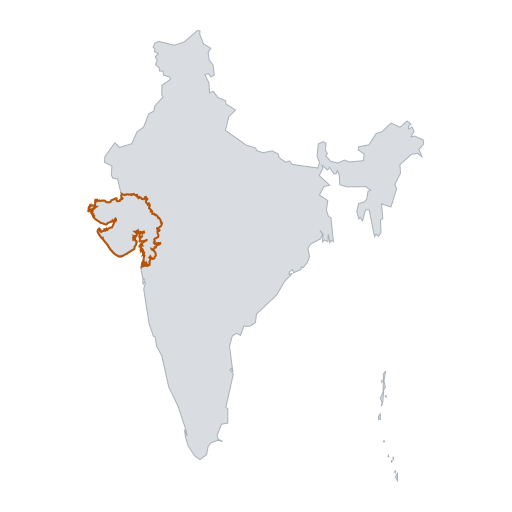 location of Gujarat within India
{"feature_id": "IND-3264", "entity_name": "Gujarat", "entity_type": "state/province", "adm_level": 1, "iso_a3": "IND", "parent_name": "India", "parent_adm1": "", "projection": "equal_earth", "projection_center": [71.839, 22.391], "detail": "fine", "context": "in_parent", "style": "outline", "palette": "amber", "viewbox_px": 512, "rotation_deg": 0, "n_neighbors": 0, "source": "natural_earth", "source_scale": "10m", "svg_char_len": 9640}
<svg xmlns="http://www.w3.org/2000/svg" viewBox="0 0 512 512"><path d="M88.6,207.2L95.1,205.5L95.8,200.0L107.7,202.4L115.7,198.5L118.3,201.2L122.2,198.7L117.6,179.0L113.2,178.4L111.3,175.3L111.9,166.0L104.5,162.4L104.9,156.6L114.9,142.7L119.4,147.5L131.8,143.7L137.1,131.6L143.5,127.4L148.9,113.6L153.8,111.2L154.8,106.0L163.0,97.0L161.7,94.7L162.0,85.2L170.6,79.3L169.5,76.9L163.4,75.1L163.1,71.2L159.6,71.0L159.0,67.7L155.6,64.8L157.2,60.0L155.2,56.9L158.3,53.5L154.4,51.6L155.1,49.2L153.1,47.1L155.0,43.1L158.7,41.4L174.4,45.3L184.2,41.9L197.3,30.7L200.0,31.0L199.7,34.3L203.5,43.8L210.7,48.3L208.1,52.5L209.2,60.1L213.0,65.0L214.3,75.0L210.9,77.1L208.4,73.6L204.9,74.7L209.0,83.1L209.4,92.6L213.4,91.5L218.0,97.6L225.5,100.7L226.0,104.0L235.5,110.1L228.8,116.7L225.4,130.4L246.2,145.1L255.8,148.1L256.5,150.5L263.0,152.7L272.1,150.9L278.2,153.9L279.2,157.8L285.8,162.3L289.5,160.9L292.3,164.5L317.8,168.0L319.5,162.7L317.1,156.4L318.3,143.9L323.2,141.7L325.8,143.0L325.6,150.4L327.4,153.6L325.7,155.7L330.7,161.3L337.9,163.0L344.5,160.1L349.1,162.0L363.5,160.7L364.1,154.0L358.2,149.9L358.5,146.8L368.8,144.9L376.2,133.5L381.9,131.9L391.0,123.1L400.1,127.3L407.0,121.0L410.9,124.0L408.4,126.6L408.8,129.0L412.0,127.0L414.0,131.4L411.0,136.8L414.7,136.1L423.2,139.8L423.7,144.0L418.9,149.4L422.0,156.7L417.5,153.3L411.4,154.4L399.9,164.6L400.5,173.2L394.8,184.4L396.6,188.6L391.0,206.9L381.5,203.9L382.8,218.5L380.5,220.1L381.0,232.6L378.4,236.4L376.1,234.2L374.5,236.6L369.2,209.9L365.5,209.8L362.5,220.9L360.2,217.4L358.8,218.9L356.7,211.5L358.7,203.5L364.5,201.9L366.9,198.6L368.0,191.2L370.7,190.2L365.7,186.7L347.0,186.9L339.9,184.8L339.2,174.8L337.3,170.6L336.0,173.8L333.9,173.8L329.6,167.5L327.5,170.0L322.0,165.2L322.9,168.2L319.2,175.6L329.7,185.3L324.0,186.4L319.4,195.1L327.8,200.6L326.4,210.0L328.5,216.6L330.9,217.6L333.4,241.7L331.0,240.3L329.8,242.8L328.3,234.3L327.9,241.6L324.3,240.1L322.5,242.0L323.0,234.1L319.9,230.4L322.6,234.3L320.3,239.0L310.6,244.1L307.9,248.3L309.5,256.7L307.1,262.9L302.9,267.7L301.3,267.0L301.0,269.5L293.6,272.7L292.6,269.6L289.7,271.6L288.9,274.2L292.0,273.7L284.3,281.7L276.8,294.9L256.5,314.0L255.4,322.6L249.6,326.3L243.9,326.1L240.4,335.4L236.4,333.2L232.2,336.2L229.5,346.4L232.9,372.0L231.0,368.3L229.9,370.0L233.3,374.0L225.9,407.1L227.8,409.0L227.8,423.1L221.5,424.2L217.1,435.4L218.1,439.2L222.8,441.5L217.6,440.3L210.9,442.9L208.1,446.4L206.6,454.6L200.0,459.6L194.6,455.8L188.3,446.2L185.5,437.3L184.5,429.6L187.1,435.9L185.8,429.6L178.1,406.3L168.7,386.8L161.8,355.7L156.6,346.4L155.2,337.0L153.4,336.2L149.2,324.2L143.7,289.3L145.2,283.3L144.8,281.2L143.2,284.1L142.8,282.4L142.9,278.9L145.0,279.3L142.6,277.9L141.2,270.5L143.8,257.2L140.6,246.1L141.9,244.6L140.5,244.7L146.3,240.2L139.7,241.0L141.5,236.7L139.4,236.6L139.8,233.7L142.8,232.6L135.4,232.0L136.5,234.8L133.7,239.0L136.3,243.6L133.5,249.5L121.8,256.1L115.5,254.5L97.8,231.7L98.8,229.4L101.4,231.8L112.0,227.3L115.6,219.2L106.0,224.3L101.0,222.9L94.1,217.6L91.5,211.6L95.7,207.2L89.4,211.2L88.6,207.2ZM382.6,403.5L380.2,398.0L383.1,392.3L383.4,374.0L385.7,371.0L383.9,380.7L385.4,387.3L383.9,388.9L382.6,403.5ZM397.4,473.3L397.6,481.3L395.5,476.9L397.4,473.3ZM380.3,419.4L378.7,419.5L378.5,416.2L380.3,413.8L380.3,419.4ZM391.8,460.6L391.7,462.9L391.3,460.8L391.8,460.6ZM393.6,457.4L393.0,460.5L393.1,457.2L393.6,457.4ZM395.8,470.5L395.2,472.9L394.6,472.0L395.8,470.5ZM384.5,441.8L383.4,441.9L384.0,440.7L384.5,441.8ZM382.2,404.7L381.1,405.9L381.6,403.9L382.2,404.7ZM385.9,395.4L386.5,397.6L385.2,395.9L385.9,395.4ZM388.8,456.8L387.9,456.4L388.3,455.2L388.8,456.8ZM382.1,380.6L381.6,383.0L381.8,380.4L382.1,380.6Z" fill="#d9dde1" stroke="#a8b0b8" stroke-width="1"/><path d="M121.6,199.4L122.6,198.5L122.5,198.1L121.4,197.7L121.4,196.6L121.1,195.8L121.4,195.0L122.4,194.3L122.3,194.1L124.2,195.0L125.4,194.6L126.2,194.8L126.9,194.3L128.0,194.2L129.0,194.7L130.5,194.4L130.8,194.9L131.2,195.0L131.6,194.3L132.5,194.7L133.1,194.1L133.9,193.9L134.4,194.7L135.3,195.1L137.1,194.9L137.1,195.3L136.2,195.5L136.6,196.2L137.2,196.3L137.4,196.8L138.1,196.8L138.6,198.2L138.9,198.1L139.2,197.0L139.6,197.0L141.0,197.7L141.6,198.8L143.7,199.3L144.4,198.9L144.8,197.3L145.9,197.0L146.0,198.6L146.8,199.0L147.3,198.8L147.4,199.2L147.1,199.7L146.5,199.7L146.1,200.4L145.8,201.6L146.1,202.4L147.1,203.5L147.8,204.7L148.4,204.2L148.8,203.3L149.0,203.3L149.5,204.3L149.8,205.8L149.2,206.5L149.1,208.2L149.7,208.4L150.2,209.3L150.8,209.6L150.8,211.1L151.5,210.6L152.1,211.1L152.3,213.7L152.7,213.6L153.2,214.1L154.3,213.7L155.3,215.2L155.6,215.3L155.9,214.9L156.1,214.9L157.6,216.3L157.9,216.7L158.0,217.9L158.3,218.1L159.0,217.9L160.2,219.5L160.7,220.8L160.9,222.5L161.5,222.4L161.9,223.0L162.0,223.6L160.9,226.3L159.9,226.7L158.3,228.3L157.4,228.1L157.1,228.2L157.0,228.7L157.8,229.7L159.0,229.7L159.6,230.2L159.0,231.0L158.3,231.2L157.7,230.8L157.4,231.2L157.5,233.0L158.4,235.1L158.2,237.0L157.4,237.2L156.1,238.2L154.5,238.8L154.3,239.3L154.4,240.3L154.9,241.2L154.5,242.0L153.8,242.4L154.7,244.0L156.7,243.2L158.0,243.3L158.5,243.0L159.0,243.4L160.1,243.0L160.3,243.7L159.6,244.3L158.0,244.9L157.3,244.7L156.3,245.8L155.8,247.4L154.9,247.8L154.5,247.5L154.0,248.8L153.2,249.4L152.5,249.4L151.5,248.9L151.6,249.3L152.5,250.1L153.3,250.1L155.3,252.4L155.7,253.8L155.8,255.5L154.6,257.1L154.4,258.2L153.3,258.9L152.5,258.9L152.0,258.1L150.7,257.2L150.3,256.4L149.8,257.2L149.4,257.5L149.9,257.8L150.0,258.4L150.3,258.6L150.5,259.3L149.3,262.0L149.6,262.3L149.7,263.5L149.5,265.0L148.2,264.8L147.9,265.7L147.4,266.1L147.0,266.0L147.1,265.2L146.9,265.0L146.4,264.9L146.2,265.5L145.7,265.6L145.5,264.5L146.4,263.8L146.5,263.4L145.9,263.2L145.8,262.5L145.0,263.2L144.6,263.1L144.4,263.8L143.8,263.8L143.8,264.2L144.4,264.9L144.5,265.8L143.6,266.2L142.5,266.2L141.6,266.7L142.2,264.4L142.0,264.2L142.1,263.4L142.5,262.2L142.9,261.8L143.7,261.6L143.7,260.9L143.3,260.4L143.7,259.4L143.7,258.0L144.0,256.8L143.9,256.2L144.4,255.8L144.1,255.4L144.1,254.8L143.9,255.2L143.7,255.0L143.9,254.1L143.1,254.6L143.5,253.6L143.1,253.1L143.7,252.6L143.7,252.3L143.1,252.4L142.4,251.6L142.3,251.4L143.0,251.5L143.3,251.2L142.8,249.9L142.2,250.3L142.0,250.1L141.9,250.5L141.5,250.8L141.9,249.7L141.7,249.4L141.2,249.6L141.2,250.4L140.8,250.7L140.5,250.3L140.7,249.9L141.9,248.9L140.9,248.0L140.9,247.7L140.6,248.0L140.2,246.6L140.9,246.3L140.1,246.2L139.9,245.9L140.7,245.6L141.8,244.7L142.1,244.9L142.0,244.4L140.1,245.4L140.6,244.3L142.4,242.9L142.9,241.9L143.7,241.9L146.4,240.4L146.6,240.1L146.4,240.0L144.2,241.2L143.4,241.0L142.6,241.4L140.5,241.2L139.7,241.5L139.5,241.0L139.9,238.6L140.5,237.4L141.4,237.2L141.9,236.3L141.6,236.3L141.4,236.7L140.6,236.8L139.6,237.7L139.2,236.6L139.6,234.0L140.0,233.2L140.7,232.9L142.0,233.7L142.8,232.6L143.2,232.5L143.8,232.9L144.0,232.7L144.1,232.2L143.9,231.8L143.7,232.1L142.9,232.0L142.1,232.4L140.0,231.7L138.7,232.6L138.7,232.1L137.9,232.3L137.7,231.3L138.0,231.0L137.9,230.5L137.5,230.9L137.1,232.2L136.5,232.2L136.4,231.6L136.1,231.5L135.7,231.5L135.7,231.9L135.0,231.9L135.5,232.3L136.1,231.7L136.1,232.5L136.9,232.6L136.9,235.0L136.3,236.1L135.9,236.1L135.8,236.3L135.6,236.1L135.3,236.6L134.9,236.2L134.4,236.1L134.8,236.5L134.6,236.7L134.2,236.6L134.5,237.1L133.9,237.0L133.6,237.2L134.5,237.5L135.1,237.4L135.0,237.7L135.3,238.0L135.3,238.7L134.8,238.7L134.0,237.8L133.9,238.1L134.3,238.4L134.5,238.8L133.3,238.5L133.2,239.4L133.3,239.6L133.5,239.4L133.5,239.8L135.2,239.5L135.9,241.0L136.5,241.1L136.8,242.1L135.9,245.0L134.5,247.0L134.6,247.3L134.4,248.0L134.5,248.8L133.2,249.8L132.4,249.9L130.5,251.5L130.0,251.5L128.4,252.7L128.0,252.8L128.2,252.3L127.0,253.8L125.3,254.4L123.2,255.7L122.6,255.7L122.3,256.1L121.3,256.1L121.2,256.6L119.6,256.7L118.9,256.3L118.5,256.4L116.1,255.0L113.7,253.2L110.4,249.6L108.0,245.9L107.6,244.7L106.9,244.3L105.5,242.3L104.7,241.8L103.7,240.1L103.1,239.7L102.8,239.2L102.7,238.2L102.4,238.5L102.0,238.4L100.4,236.6L98.1,233.0L97.5,231.6L98.0,229.7L99.0,228.7L99.1,229.0L98.7,229.5L99.0,230.0L99.9,229.9L100.3,229.5L100.5,229.7L100.1,231.1L100.6,231.9L101.5,231.8L102.4,231.1L103.8,230.9L104.3,230.1L104.2,229.2L104.6,229.1L104.7,230.3L105.4,230.7L106.0,229.8L106.3,229.9L106.8,228.7L107.5,229.7L107.9,229.0L108.5,228.8L109.6,227.7L112.0,227.4L113.6,224.0L113.7,223.3L114.3,222.1L115.2,221.1L115.6,221.1L115.8,220.9L116.1,219.8L115.8,218.9L115.4,218.5L114.6,219.5L114.7,220.2L114.5,221.5L113.5,221.5L112.6,220.6L112.5,221.2L111.8,221.4L111.4,221.0L111.4,220.7L111.2,221.2L111.5,221.7L108.0,222.8L107.3,223.3L106.6,224.5L105.0,224.3L102.2,223.2L100.6,222.9L98.7,221.3L96.7,220.2L94.2,218.1L94.2,217.7L93.6,217.0L93.5,216.8L93.7,217.0L93.9,216.4L93.0,216.5L92.9,216.2L93.1,215.6L93.7,215.5L93.1,214.9L92.7,214.8L92.6,214.3L92.9,214.0L92.5,213.9L92.2,214.2L92.0,213.6L91.8,213.8L91.6,213.6L92.3,212.5L91.7,212.0L91.8,212.7L91.4,212.8L91.4,210.8L92.4,210.9L92.1,210.2L92.9,209.9L93.5,209.1L94.1,208.6L94.5,207.8L95.1,207.8L96.3,206.8L95.6,206.8L95.0,207.4L94.1,207.5L93.6,208.3L91.6,209.4L90.6,210.8L90.8,211.0L90.5,211.4L88.8,211.3L88.3,211.0L89.0,210.2L89.4,210.5L89.9,210.1L89.9,209.8L89.5,210.0L89.1,209.7L89.0,208.4L88.6,208.9L88.6,208.7L88.8,207.4L89.1,206.8L89.7,206.6L89.8,205.9L90.2,206.3L90.7,205.4L90.8,205.9L91.7,205.4L95.1,205.5L95.2,200.4L95.4,199.8L96.0,199.8L96.3,201.0L96.5,201.2L97.3,199.9L98.2,200.9L99.2,200.4L100.3,201.0L101.6,200.5L104.9,200.6L106.2,202.0L107.3,202.4L110.2,202.2L110.6,201.8L111.3,200.2L112.8,199.8L113.5,199.3L114.1,199.2L114.9,198.7L116.1,198.3L116.6,198.3L116.7,198.7L116.4,199.3L116.5,200.5L117.2,201.2L119.0,201.2L119.9,200.8L119.8,200.2L120.7,199.3L121.6,199.4Z" fill="none" stroke="#b45309" stroke-width="2"/></svg>